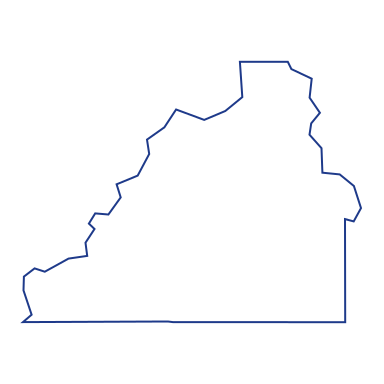 San Juan, Colorado, United States of America
{"feature_id": "52423323B96240484202678", "entity_name": "San Juan", "entity_type": "district", "adm_level": 2, "iso_a3": "USA", "parent_name": "United States of America", "parent_adm1": "Colorado", "projection": "robinson", "projection_center": [-107.715, 37.802], "detail": "fine", "context": "isolated", "style": "outline", "palette": "blue", "viewbox_px": 384, "rotation_deg": 0, "n_neighbors": 0, "source": "geoboundaries", "source_scale": "gbopen_adm2", "svg_char_len": 612}
<svg xmlns="http://www.w3.org/2000/svg" viewBox="0 0 384 384"><path d="M95.2,213.4L88.9,223.6L94.5,229.0L85.5,242.7L87.2,255.9L68.5,258.6L44.8,271.7L34.6,268.4L23.9,276.6L23.5,290.4L31.6,314.7L23.0,322.1L167.9,321.5L172.8,322.1L345.2,322.2L345.0,219.1L353.7,221.4L361.0,208.1L353.9,186.0L339.7,174.4L322.4,172.7L321.5,148.2L309.5,134.7L311.2,123.4L319.9,112.8L309.6,97.7L311.7,78.7L291.4,69.1L287.8,61.8L239.9,61.8L242.3,97.1L225.3,111.0L204.2,119.9L176.1,109.5L164.4,127.3L147.0,139.6L149.2,154.0L137.7,175.6L116.6,184.3L120.7,197.4L108.4,214.5L95.2,213.4Z" fill="none" stroke="#1e3a8a" stroke-width="2"/></svg>